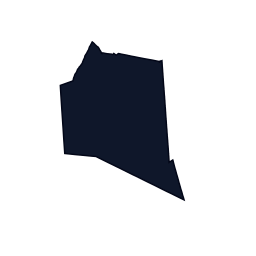 outline of Laren, Noord-Holland, Netherlands, rotated 325°
{"feature_id": "6326949B16072016096330", "entity_name": "Laren", "entity_type": "district", "adm_level": 2, "iso_a3": "NLD", "parent_name": "Netherlands", "parent_adm1": "Noord-Holland", "projection": "robinson", "projection_center": [5.227, 52.243], "detail": "fine", "context": "isolated", "style": "filled", "palette": "ink", "viewbox_px": 256, "rotation_deg": 325, "n_neighbors": 0, "source": "geoboundaries", "source_scale": "gbopen_adm2", "svg_char_len": 5353}
<svg xmlns="http://www.w3.org/2000/svg" viewBox="0 0 256 256"><g transform="rotate(325 128 128)"><path d="M146.3,179.9L144.0,179.8L143.7,179.8L142.5,179.7L142.0,179.7L142.2,179.4L142.3,179.2L142.6,178.7L143.1,177.9L143.3,177.6L143.4,177.3L143.6,177.0L143.9,176.6L144.0,176.3L144.4,175.7L144.8,175.1L145.1,174.6L145.2,174.4L145.4,174.1L145.7,173.5L145.8,173.3L145.9,173.1L146.1,172.9L146.3,172.6L146.5,172.3L146.7,172.0L146.9,171.5L147.3,170.9L147.7,170.2L147.8,170.1L147.9,169.9L148.1,169.6L148.2,169.4L148.3,169.2L148.6,168.8L148.8,168.4L149.1,168.0L149.3,167.6L150.0,166.4L150.2,166.1L150.5,165.6L150.7,165.3L150.8,165.0L151.1,164.5L151.7,163.6L151.9,163.2L152.2,162.7L152.5,162.2L152.8,161.7L153.1,161.3L153.3,160.9L153.9,159.9L154.1,159.5L154.2,159.3L154.5,158.9L155.5,157.1L155.8,156.6L156.2,155.9L156.4,155.7L156.6,155.4L156.8,154.9L157.0,154.6L157.2,154.2L157.3,154.1L157.6,153.7L157.8,153.3L158.0,152.9L158.2,152.7L158.3,152.4L158.5,152.2L158.6,151.9L159.0,151.4L159.3,150.8L159.6,150.3L159.8,149.9L160.3,149.1L160.4,148.9L161.0,147.9L161.2,147.6L161.3,147.5L161.8,146.6L161.9,146.3L162.0,146.2L162.3,145.8L162.5,145.4L162.7,145.2L163.0,144.6L163.4,144.0L163.6,143.6L163.7,143.4L163.8,143.2L164.2,142.6L164.4,142.3L164.6,142.0L164.7,141.8L164.8,141.5L164.9,141.4L165.1,141.0L165.3,140.8L165.4,140.5L165.8,139.9L166.1,139.4L166.4,138.9L166.5,138.7L166.8,138.3L167.0,137.9L167.1,137.7L167.4,137.3L167.6,137.0L167.8,136.6L168.1,136.1L168.6,135.3L168.7,135.1L168.8,134.9L169.0,134.5L169.2,134.2L169.3,134.2L169.5,133.8L169.6,133.7L170.4,132.3L170.5,132.1L170.6,131.9L170.7,131.7L170.9,131.4L171.1,131.2L171.6,130.2L171.8,130.0L172.0,129.6L172.2,129.2L172.4,129.0L172.8,128.3L172.9,128.1L173.1,127.8L173.5,127.2L174.0,126.4L174.3,125.8L174.7,125.2L174.9,124.8L175.1,124.4L175.3,124.2L175.5,123.8L175.8,123.4L176.4,122.3L177.1,121.1L177.3,120.8L177.6,120.2L178.1,119.5L178.2,119.2L178.5,118.8L178.7,118.5L179.0,118.0L179.3,117.4L179.7,116.7L179.9,116.5L180.7,115.1L180.8,115.0L180.8,114.8L180.9,114.7L181.0,114.5L181.1,114.4L181.2,114.2L181.5,113.7L181.7,113.4L181.8,113.2L182.1,112.7L182.4,112.2L182.5,112.0L182.7,111.7L182.8,111.5L182.9,111.3L183.4,110.6L183.5,110.3L183.8,109.9L184.0,109.4L184.2,109.2L184.3,109.1L184.5,108.8L184.6,108.5L184.8,108.2L185.0,107.9L185.1,107.7L185.3,107.4L185.4,107.2L185.6,106.8L185.7,106.6L186.0,106.3L186.1,106.0L186.6,105.2L186.9,104.7L187.1,104.4L187.3,104.0L187.7,103.4L187.8,103.3L188.0,102.9L188.5,102.0L189.5,100.4L189.7,100.1L189.8,99.9L190.2,99.2L190.4,98.9L190.6,98.6L190.8,98.2L191.3,97.4L191.5,97.0L192.5,95.4L192.7,95.1L193.1,94.4L193.3,94.1L193.4,93.9L193.6,93.7L193.8,93.3L193.9,93.1L194.0,92.9L194.1,92.7L194.3,92.5L194.4,92.3L193.6,92.2L191.7,92.0L191.9,91.7L192.0,91.6L191.9,91.6L191.1,90.8L190.3,90.0L187.0,86.5L182.4,81.9L181.6,81.1L178.2,77.6L177.7,77.1L173.8,73.0L172.1,71.3L171.0,70.1L170.5,69.5L170.3,69.4L168.8,67.7L164.6,63.4L164.3,63.0L163.8,62.5L163.0,61.6L162.6,61.5L160.8,61.6L160.1,61.6L159.4,59.7L159.1,58.8L158.8,58.9L157.7,59.2L157.0,58.2L156.9,58.1L153.5,55.2L151.9,53.6L150.8,52.4L150.2,51.9L149.6,52.3L149.3,52.0L149.1,51.7L149.3,51.1L149.4,50.7L149.5,50.4L149.5,50.2L149.6,49.8L149.6,49.7L149.6,49.4L149.6,48.9L149.6,48.7L149.6,48.4L149.6,48.2L149.6,47.8L149.6,47.6L149.7,47.4L149.7,47.1L149.8,46.8L149.8,46.3L149.9,46.0L149.9,45.6L149.9,45.3L149.9,45.0L149.9,44.9L149.9,44.7L149.8,44.2L149.7,44.1L149.6,43.9L149.4,43.5L149.4,43.3L149.4,43.2L149.2,42.7L149.1,41.8L149.0,41.7L148.9,41.5L148.9,41.3L148.9,41.0L148.8,40.8L148.8,40.6L148.7,40.2L148.8,40.1L148.8,39.9L148.7,39.6L148.7,39.4L148.6,39.0L148.5,38.6L148.5,38.4L148.3,37.9L148.2,37.7L148.2,37.4L148.1,37.0L147.9,37.0L147.5,37.3L146.5,37.8L145.2,38.5L144.9,38.7L144.6,38.8L143.5,39.3L143.3,39.3L142.8,39.6L142.4,39.9L142.0,40.2L141.5,40.6L140.7,41.2L140.5,41.3L140.2,41.5L139.9,41.6L139.6,41.7L138.6,42.2L138.1,42.5L137.6,42.7L137.1,43.1L136.7,43.2L136.5,43.3L135.8,43.5L135.6,43.6L134.2,44.2L133.7,44.6L133.2,45.1L132.6,45.6L131.7,46.1L131.1,46.4L130.8,46.6L130.0,47.1L128.6,48.0L128.1,48.4L127.9,48.7L127.7,48.7L127.5,48.8L126.9,49.0L126.4,49.1L126.2,49.2L125.7,49.4L125.2,49.6L124.7,49.8L124.2,49.9L123.6,50.0L123.3,50.0L123.2,50.1L122.9,50.2L122.6,50.3L122.4,50.5L122.1,50.6L121.8,50.8L121.5,50.8L121.2,50.9L120.9,50.9L120.6,51.0L120.4,51.0L120.1,51.2L119.9,51.4L119.6,51.6L119.4,51.8L119.1,51.9L118.2,52.5L117.2,53.0L116.9,53.1L116.3,53.3L115.9,53.4L115.4,53.6L115.0,53.9L114.7,54.1L114.2,54.5L113.9,54.7L113.7,54.9L113.2,55.2L112.6,55.5L112.4,55.7L112.0,56.0L111.7,56.2L111.2,56.8L110.8,57.1L110.2,57.5L109.8,57.9L109.3,57.7L100.2,55.2L97.0,54.3L95.5,56.7L88.0,69.0L76.8,87.5L74.2,91.8L70.1,98.5L67.2,103.3L61.6,112.6L65.1,115.6L69.8,119.7L73.6,122.9L77.5,126.2L80.5,128.8L85.5,133.0L86.5,134.9L88.3,138.2L91.9,144.8L94.8,150.0L96.6,153.3L97.3,154.5L98.9,157.4L100.4,160.2L105.4,169.4L106.8,171.8L112.9,183.0L113.9,184.8L114.8,186.4L115.5,187.7L116.8,190.0L121.7,199.1L123.5,202.4L125.0,205.0L130.7,215.4L132.7,219.0L133.5,216.7L134.0,215.0L134.1,214.6L135.0,212.2L135.6,210.4L136.2,208.4L136.3,208.1L136.5,207.5L136.8,206.8L137.0,206.2L137.1,205.9L137.3,205.3L137.8,203.8L138.1,203.1L138.1,202.9L138.3,202.3L138.7,201.2L139.1,200.2L140.5,196.2L141.0,194.7L141.2,194.0L141.9,192.1L142.7,189.9L143.3,188.0L144.9,183.7L145.6,181.8L145.9,181.2L146.3,179.9Z" fill="#0f172a" stroke="#020617" stroke-width="1.5"/></g></svg>